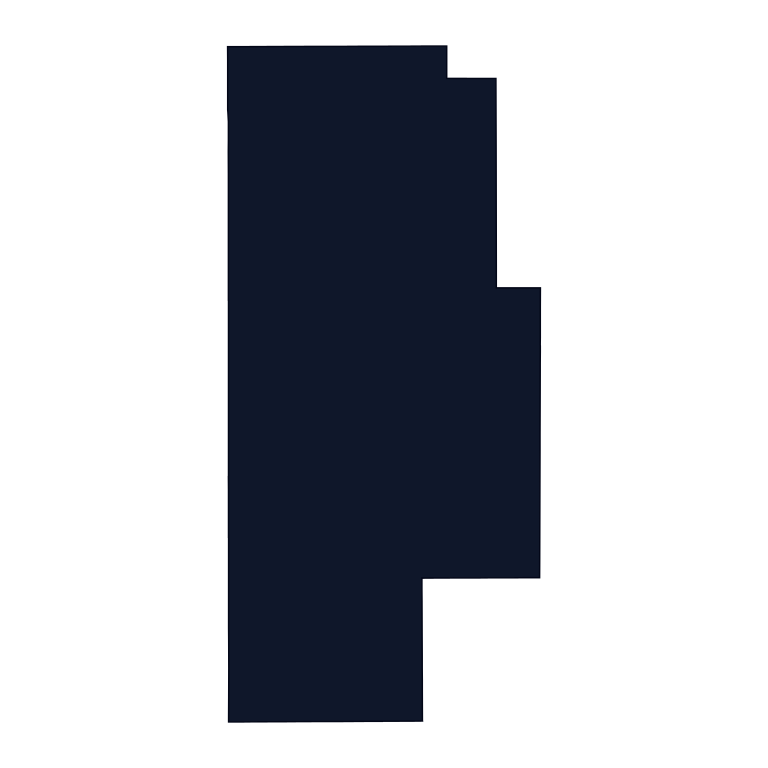 Orroroo Carrieton, South Australia, Australia (Albers equal-area conic projection)
{"feature_id": "25037944B41363903956940", "entity_name": "Orroroo Carrieton", "entity_type": "district", "adm_level": 2, "iso_a3": "AUS", "parent_name": "Australia", "parent_adm1": "South Australia", "projection": "albers", "projection_center": [138.617, -32.532], "detail": "fine", "context": "isolated", "style": "filled", "palette": "ink", "viewbox_px": 768, "rotation_deg": 0, "n_neighbors": 0, "source": "geoboundaries", "source_scale": "gbopen_adm2", "svg_char_len": 1754}
<svg xmlns="http://www.w3.org/2000/svg" viewBox="0 0 768 768"><path d="M228.4,212.8L228.4,219.5L228.4,229.2L228.4,233.1L228.4,233.4L228.4,288.4L228.4,297.7L228.4,300.2L228.5,300.2L228.5,306.8L228.5,320.9L228.5,353.0L228.5,415.5L228.5,435.4L228.5,449.6L228.5,475.6L228.5,475.9L228.4,476.2L228.5,489.6L228.5,489.8L228.5,522.4L228.5,530.9L228.5,533.8L228.5,536.3L228.6,536.2L228.6,544.6L228.6,545.1L228.6,545.5L228.6,566.6L228.6,609.0L228.6,621.1L228.6,628.0L228.7,640.0L228.8,668.2L228.8,668.4L228.7,698.4L228.6,716.8L228.6,721.9L230.4,721.9L230.5,721.9L243.0,721.9L251.8,721.8L283.1,721.7L284.7,721.7L284.8,721.7L297.9,721.6L298.1,721.6L298.4,721.6L324.1,721.5L326.4,721.5L340.8,721.5L371.8,721.3L377.6,721.3L381.7,721.3L382.8,721.3L383.0,721.2L390.6,721.2L408.5,721.1L413.0,721.1L422.5,721.0L422.4,720.2L422.3,689.9L422.3,684.7L422.3,679.9L422.2,668.1L422.2,665.2L422.2,656.0L422.1,636.1L422.0,601.8L421.9,589.3L421.9,581.4L421.9,578.1L436.0,578.0L445.4,578.0L454.6,577.9L467.3,577.9L479.0,577.9L489.4,577.8L511.7,577.8L512.2,577.8L524.6,577.7L539.6,577.7L539.7,558.4L539.9,483.6L540.0,450.8L540.0,435.8L540.2,370.1L540.2,363.7L540.3,352.1L540.3,345.7L540.2,344.9L540.3,337.6L540.3,312.9L540.3,310.2L540.3,307.6L540.4,287.9L522.6,287.9L513.9,287.9L508.4,287.9L496.3,287.9L496.3,276.6L496.3,271.2L496.3,268.2L496.3,267.5L496.3,265.7L496.1,148.6L495.9,78.5L486.4,78.5L446.7,78.4L446.7,55.0L446.7,46.1L439.0,46.1L423.3,46.1L423.2,46.1L408.0,46.2L393.5,46.2L382.8,46.3L374.7,46.3L367.3,46.3L360.1,46.3L344.7,46.4L337.5,46.4L330.3,46.4L320.4,46.4L288.0,46.5L236.8,46.7L227.6,46.7L227.7,60.2L227.7,110.0L227.9,112.0L228.4,121.7L228.4,124.2L228.4,125.8L228.4,141.0L228.3,151.4L228.4,173.8L228.4,212.8Z" fill="#0f172a" stroke="#020617" stroke-width="1.5"/></svg>